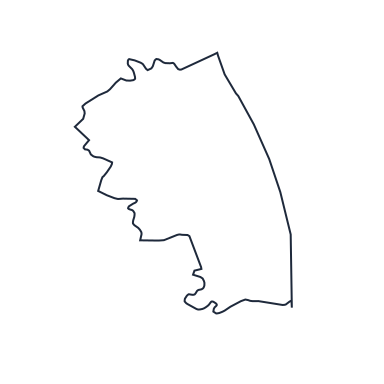 Escuintla, Albers equal-area conic projection, rotated 245°
{"feature_id": "GTM-1950", "entity_name": "Escuintla", "entity_type": "Department", "adm_level": 1, "iso_a3": "GTM", "parent_name": "Guatemala", "parent_adm1": "", "projection": "albers", "projection_center": [-91.003, 14.2], "detail": "fine", "context": "isolated", "style": "outline", "palette": "slate", "viewbox_px": 384, "rotation_deg": 245, "n_neighbors": 0, "source": "natural_earth", "source_scale": "10m", "svg_char_len": 2573}
<svg xmlns="http://www.w3.org/2000/svg" viewBox="0 0 384 384"><g transform="rotate(245 192 192)"><path d="M307.5,273.7L304.4,273.2L284.8,271.3L262.8,273.5L259.5,274.5L227.1,276.6L189.2,275.9L154.6,272.0L111.8,263.5L45.0,233.6L51.6,236.3L51.4,233.9L50.4,229.4L50.7,228.0L51.3,226.4L65.1,206.0L67.4,200.9L68.8,198.7L70.3,197.2L72.0,194.9L72.4,190.2L71.8,178.4L70.7,171.5L70.6,169.1L70.8,165.6L71.3,163.6L71.7,162.6L74.6,160.8L76.9,162.4L77.9,163.8L78.6,166.0L79.0,166.6L79.7,166.9L80.9,166.6L82.9,165.4L83.9,164.6L84.4,163.7L84.4,163.0L84.1,162.3L82.7,159.7L82.2,158.2L81.7,155.7L81.5,153.8L81.6,152.0L82.2,149.5L82.8,148.1L83.2,147.5L84.2,146.5L92.3,140.6L93.6,139.8L95.9,139.1L97.0,139.6L98.3,140.5L100.1,143.4L100.6,144.8L100.7,145.9L98.6,149.0L98.3,149.7L98.1,150.5L98.1,151.3L98.4,151.9L98.8,152.7L100.1,154.6L100.4,155.5L100.5,156.5L99.9,158.9L99.8,159.8L99.9,160.6L100.1,161.5L100.7,162.4L101.9,163.6L103.4,164.4L104.5,164.9L106.3,165.2L109.1,165.1L111.4,163.7L116.6,158.0L119.7,161.0L118.3,168.0L120.1,168.5L153.1,171.0L154.9,169.8L157.4,164.9L158.7,163.0L159.1,161.8L159.4,160.2L160.2,146.2L162.1,141.2L170.1,124.6L174.0,127.6L174.7,128.2L176.1,128.9L177.3,129.1L179.9,128.8L181.2,128.4L182.2,128.1L186.0,125.9L186.7,125.6L187.5,125.4L188.4,125.2L189.6,125.7L191.1,126.7L193.9,129.2L195.6,130.3L197.1,131.0L199.2,130.8L200.2,130.5L201.0,130.0L202.5,128.3L203.5,127.4L204.3,127.2L205.0,127.8L205.7,128.9L206.3,133.6L206.3,136.0L206.5,137.0L206.9,137.8L207.7,138.6L209.8,137.6L215.2,126.6L216.8,122.3L217.2,121.6L219.2,119.1L225.1,113.4L232.6,107.4L241.0,114.7L243.3,117.1L243.5,117.8L243.7,118.7L245.9,123.2L249.4,129.1L251.2,131.2L252.6,132.1L260.1,125.6L262.0,123.5L262.4,122.9L263.8,120.3L265.1,118.6L265.8,117.9L266.3,117.5L268.8,116.2L272.9,116.2L274.5,115.2L275.9,113.0L277.8,112.4L278.9,113.2L279.3,113.8L282.5,120.6L300.6,113.4L304.3,124.3L308.5,127.9L310.8,128.7L314.5,128.6L315.3,128.7L316.0,129.0L317.2,132.9L319.1,148.0L318.9,157.7L319.8,161.1L323.3,169.2L325.0,175.5L320.8,179.6L319.1,182.9L318.2,186.0L318.3,187.4L318.7,188.3L319.4,188.6L320.5,189.0L324.4,189.7L326.2,189.9L328.0,189.8L328.9,189.6L333.3,188.0L334.4,187.9L335.6,188.1L338.1,189.4L338.8,190.3L339.0,191.2L335.5,195.7L330.9,200.1L329.1,201.3L328.3,201.6L323.1,202.4L321.2,203.3L321.2,207.4L322.3,209.3L322.8,209.9L326.9,213.7L327.4,214.9L327.6,215.9L327.2,216.5L326.4,217.7L325.3,218.6L321.5,220.8L320.1,222.3L318.0,226.4L317.1,229.2L316.5,229.7L315.6,230.1L312.4,230.6L309.2,231.4L308.0,232.7L307.5,234.1L307.4,270.5L307.5,273.7Z" fill="none" stroke="#1e293b" stroke-width="2"/></g></svg>